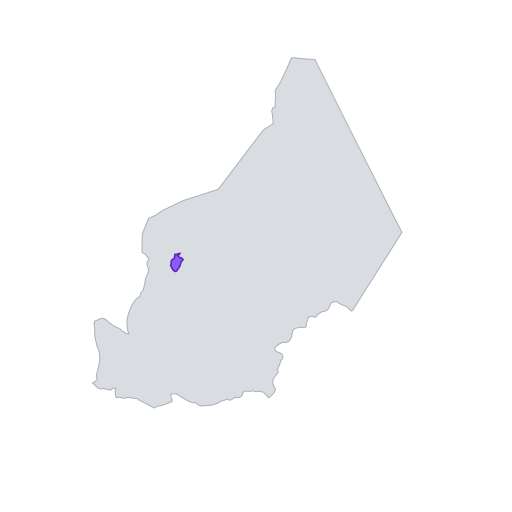 Wadi Bissam, Kanem, Chad shown in context, rotated 33°
{"feature_id": "50815135B97156808183777", "entity_name": "Wadi Bissam", "entity_type": "district", "adm_level": 2, "iso_a3": "TCD", "parent_name": "Chad", "parent_adm1": "Kanem", "projection": "natural_earth1", "projection_center": [15.685, 13.516], "detail": "fine", "context": "in_parent", "style": "filled", "palette": "violet", "viewbox_px": 512, "rotation_deg": 33, "n_neighbors": 0, "source": "geoboundaries", "source_scale": "gbopen_adm2", "svg_char_len": 4167}
<svg xmlns="http://www.w3.org/2000/svg" viewBox="0 0 512 512"><g transform="rotate(33 256 256)"><path d="M365.5,156.7L365.6,167.8L365.8,178.8L365.9,189.8L366.0,200.8L366.2,211.8L366.3,222.8L366.4,233.8L366.6,244.8L366.6,248.4L366.4,249.8L366.2,250.0L365.8,250.3L360.8,249.3L358.7,249.2L355.6,250.0L351.1,250.4L348.2,250.3L346.2,252.2L344.6,254.5L345.4,260.0L345.3,261.8L344.7,263.6L343.3,265.2L342.0,266.5L341.2,267.7L340.2,270.1L339.4,271.3L339.5,272.8L339.3,274.5L338.5,275.3L336.4,275.9L335.0,276.7L334.0,277.8L333.2,278.7L333.6,279.8L334.2,281.4L334.5,283.8L334.7,285.3L335.7,286.4L336.4,287.3L336.6,288.3L336.0,289.1L333.5,290.9L332.4,291.5L331.3,292.4L330.8,292.8L329.0,294.5L328.0,295.9L327.6,297.2L327.6,298.9L328.6,301.5L329.6,303.6L330.1,305.3L330.3,307.1L330.2,308.8L329.7,310.3L328.8,311.6L325.3,314.1L323.5,316.9L322.2,320.2L321.8,322.0L322.2,323.3L323.0,324.3L324.0,324.8L325.5,325.0L328.1,324.4L330.4,324.0L333.0,325.2L334.3,328.0L333.8,330.1L334.8,333.8L335.6,338.3L335.6,339.8L336.0,340.4L337.5,340.7L337.9,341.7L337.4,349.6L338.2,351.8L339.2,353.4L340.4,354.2L341.6,355.3L342.3,356.0L343.6,356.2L345.2,357.6L345.6,359.5L345.5,361.4L344.7,365.4L344.0,368.1L343.0,367.9L341.2,367.2L339.0,366.7L336.2,366.2L333.6,367.3L330.8,368.7L329.9,369.8L329.1,370.4L327.9,370.3L326.7,370.5L326.1,371.5L325.1,372.6L321.0,374.9L320.1,375.7L319.6,376.6L319.6,377.5L320.1,379.4L320.1,381.7L319.2,383.6L318.1,384.8L316.9,385.3L315.9,385.6L315.3,386.4L313.1,390.7L312.2,391.5L310.4,391.3L305.0,397.8L304.5,399.7L302.5,402.3L300.0,405.3L297.8,406.8L297.6,407.3L297.0,407.9L295.7,408.5L290.9,412.2L285.2,412.0L282.7,413.5L280.3,414.1L276.7,414.8L275.6,414.7L271.0,415.0L265.6,414.9L263.6,415.4L261.6,416.8L260.2,418.0L260.0,418.4L260.2,418.9L260.2,419.3L263.9,422.3L264.9,423.8L263.9,425.2L263.5,425.4L263.4,425.5L262.8,426.6L260.6,429.9L257.3,433.9L255.5,435.0L254.9,435.8L254.0,438.4L253.4,438.8L251.1,439.1L246.5,439.4L240.2,440.2L236.4,440.5L234.0,440.3L230.7,442.1L229.5,442.6L228.8,442.7L225.5,444.5L222.8,447.2L221.8,447.7L218.0,448.9L216.4,450.8L215.7,450.9L213.3,448.4L211.6,446.2L210.8,443.9L210.7,443.2L210.2,443.3L208.8,444.3L207.7,445.5L207.1,447.7L203.2,449.1L199.8,450.4L198.2,452.0L195.8,452.8L192.8,452.5L190.4,451.8L188.1,451.6L189.2,449.6L189.6,448.1L189.7,446.3L189.6,445.1L188.2,444.5L187.3,443.5L185.3,437.8L183.3,432.0L180.4,426.2L177.3,422.5L175.0,420.3L174.3,420.0L173.1,419.3L172.3,418.6L168.1,414.7L163.8,410.3L162.7,408.3L160.6,405.3L158.2,402.2L156.9,400.8L156.3,398.3L158.0,396.0L159.8,393.1L162.0,391.2L164.8,391.1L169.5,391.9L174.5,392.1L179.5,391.5L180.8,391.1L182.0,391.2L184.7,391.8L189.4,391.7L191.8,390.5L189.2,388.5L186.4,385.4L183.8,381.9L182.2,378.8L180.8,374.8L179.4,369.8L178.6,363.3L178.7,359.6L179.1,357.0L180.6,352.8L179.6,350.3L179.8,348.3L179.7,345.3L179.2,343.8L177.4,338.8L177.1,338.3L175.5,334.9L174.8,329.1L173.0,325.4L170.1,323.5L168.4,321.3L167.8,317.4L166.7,316.3L162.1,315.0L158.3,314.9L155.5,310.5L152.0,304.8L148.7,299.5L146.6,288.9L145.4,282.9L146.8,281.0L149.5,276.7L153.0,268.5L160.8,255.7L164.8,249.1L172.8,239.4L182.5,227.4L188.0,220.6L188.9,208.3L189.9,195.2L190.6,185.4L191.4,173.7L192.2,163.9L192.7,156.8L193.5,146.7L194.1,144.7L197.9,136.8L198.2,135.8L197.5,134.4L192.1,127.7L190.4,126.2L189.4,122.7L190.8,120.8L184.3,109.5L182.7,108.1L182.0,106.7L181.9,104.7L181.8,96.9L180.1,84.6L177.8,70.3L185.4,66.2L191.2,63.2L198.6,59.2L205.5,63.3L215.4,69.1L225.3,74.9L235.3,80.8L245.2,86.6L255.2,92.5L265.2,98.3L275.2,104.2L285.2,110.0L295.2,115.9L305.2,121.7L315.2,127.5L325.2,133.4L335.3,139.2L345.3,145.1L355.4,150.9L365.5,156.7Z" fill="#d9dde1" stroke="#a8b0b8" stroke-width="1"/><path d="M197.2,312.6L197.6,311.8L197.7,308.5L197.7,305.8L197.4,304.6L196.8,303.4L196.5,301.8L196.6,300.7L196.7,300.3L196.8,300.1L196.8,299.0L196.6,298.5L195.5,298.4L194.3,298.2L194.0,298.7L191.6,298.8L190.7,298.4L190.8,295.3L189.8,296.0L189.0,297.0L188.5,298.5L187.2,298.6L187.5,299.2L187.6,300.3L188.2,301.2L188.8,301.6L188.8,302.5L188.0,303.8L187.7,304.7L187.6,306.0L188.1,307.4L188.7,308.0L189.1,308.9L189.6,310.5L190.0,310.7L193.9,312.9L196.2,313.1L197.2,312.6Z" fill="#8b5cf6" stroke="#5b21b6" stroke-width="1.5"/></g></svg>